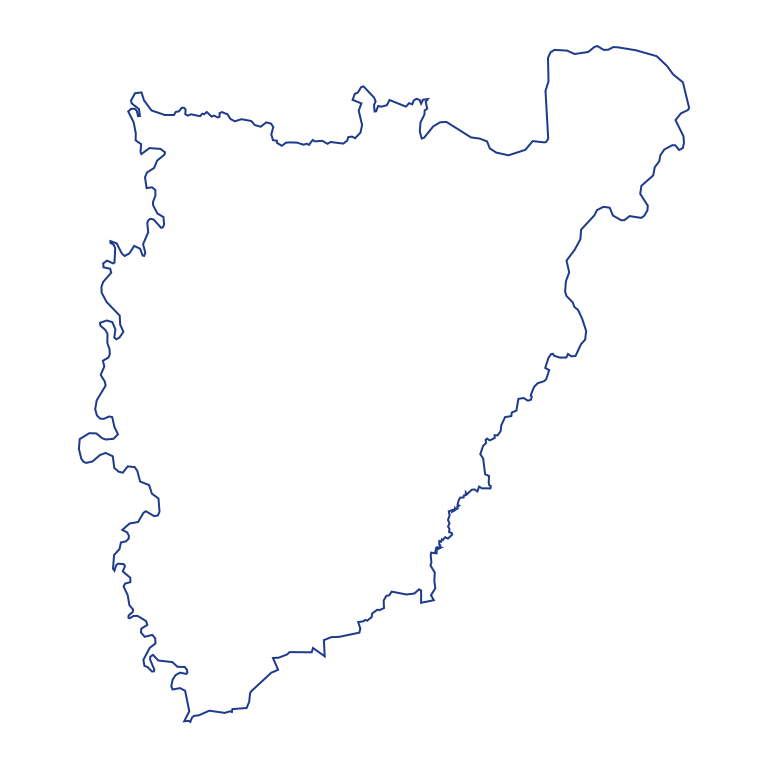 outline of Wiang Sa, Surat Thani, Thailand
{"feature_id": "78962969B32749980960035", "entity_name": "Wiang Sa", "entity_type": "district", "adm_level": 2, "iso_a3": "THA", "parent_name": "Thailand", "parent_adm1": "Surat Thani", "projection": "natural_earth1", "projection_center": [99.354, 8.589], "detail": "fine", "context": "isolated", "style": "outline", "palette": "blue", "viewbox_px": 768, "rotation_deg": 0, "n_neighbors": 0, "source": "geoboundaries", "source_scale": "gbopen_adm2", "svg_char_len": 6084}
<svg xmlns="http://www.w3.org/2000/svg" viewBox="0 0 768 768"><path d="M141.5,92.5L135.0,93.2L131.0,100.6L131.7,103.4L139.0,109.1L139.9,116.0L138.1,116.2L136.7,110.7L134.6,108.8L131.2,108.8L128.2,111.5L133.6,122.1L135.8,133.3L135.6,140.3L141.2,144.2L140.5,151.9L141.4,154.1L149.4,148.1L160.5,148.9L165.0,152.3L164.4,154.7L157.1,160.6L154.1,167.9L147.0,172.5L145.0,177.4L146.6,188.1L152.0,187.3L155.3,190.0L155.4,195.6L153.0,202.0L153.1,205.2L157.4,213.5L163.4,217.0L164.1,224.4L162.9,227.3L161.1,227.8L153.6,219.5L150.2,218.8L148.1,220.6L147.3,223.2L148.2,232.2L143.1,244.2L145.3,252.9L144.1,255.9L142.6,255.5L140.1,248.7L134.2,245.9L129.4,253.4L124.6,256.0L121.6,253.1L116.7,243.4L110.4,241.1L110.4,242.8L113.8,244.9L115.2,248.4L114.5,262.5L113.1,263.4L107.0,260.6L103.2,263.4L103.5,267.3L110.2,268.8L111.2,272.7L103.1,282.0L101.5,286.8L101.6,292.6L106.6,302.0L119.7,315.6L120.2,324.7L123.4,331.8L119.5,337.5L116.3,339.3L114.3,337.6L115.4,329.3L112.3,322.1L106.8,320.5L100.0,322.8L100.5,325.8L105.4,330.0L107.5,333.9L107.3,342.9L109.5,349.1L109.8,354.4L108.4,357.6L102.9,360.7L104.3,366.5L100.7,374.9L104.8,381.6L105.6,385.6L96.7,400.4L95.2,409.2L96.9,415.4L100.1,418.6L103.7,418.9L109.1,416.5L112.2,417.1L114.4,426.9L118.0,434.3L113.5,438.8L105.9,439.5L102.3,438.3L96.3,433.4L89.3,433.2L79.7,439.1L78.9,449.0L81.3,458.7L83.5,461.8L86.2,462.9L92.4,461.5L99.9,455.1L105.6,452.9L112.8,456.3L114.3,468.0L118.7,471.7L122.8,472.7L127.7,466.4L134.7,467.1L137.3,470.9L140.1,481.5L149.1,485.1L151.9,493.7L158.5,498.5L159.5,511.6L157.9,515.4L154.1,516.1L145.8,511.2L143.4,512.9L138.1,522.0L129.6,523.5L122.3,529.9L127.1,532.4L128.8,535.5L128.7,538.6L126.0,541.3L120.9,542.5L119.5,549.1L114.1,555.0L113.0,568.6L114.4,570.7L116.3,565.1L118.0,563.7L123.7,564.1L125.0,566.1L122.8,571.4L130.3,577.8L130.4,582.1L125.1,583.6L123.6,586.5L127.7,595.2L129.4,605.2L133.1,609.6L132.7,612.0L128.7,615.4L128.4,617.6L129.7,618.3L133.5,616.0L137.6,615.9L146.1,621.1L147.3,624.9L141.3,628.6L141.0,632.6L144.7,636.8L152.4,634.9L155.2,638.3L155.5,643.4L149.8,647.8L143.4,659.8L144.4,665.8L147.6,667.1L152.0,671.5L153.9,671.4L154.4,669.8L150.1,659.6L150.3,656.7L153.0,654.9L158.3,660.5L172.3,662.1L177.5,666.8L184.7,667.0L186.9,669.7L187.4,672.4L186.4,673.9L180.0,672.7L175.5,675.2L172.6,679.7L171.3,686.4L172.6,689.5L180.1,688.1L185.1,690.8L189.3,711.3L184.2,721.3L188.7,720.8L190.3,721.9L191.9,717.7L194.1,715.8L198.6,715.4L209.3,710.7L224.8,712.9L230.0,711.3L231.9,712.0L232.4,709.1L246.6,708.0L249.2,701.8L250.1,693.1L251.6,690.9L271.3,672.7L278.1,669.8L273.0,658.0L278.6,657.7L287.0,654.5L289.5,652.1L311.7,652.3L313.0,648.0L324.7,656.3L323.9,640.1L331.4,637.1L339.1,636.9L359.4,632.6L360.3,628.6L358.2,622.0L363.2,621.4L365.2,619.9L367.1,620.7L371.6,617.2L372.2,613.4L377.4,609.7L379.3,610.2L384.0,608.1L383.7,600.5L386.3,595.9L389.2,595.3L391.7,591.6L406.4,594.5L414.4,593.5L419.1,589.3L421.1,590.6L421.1,602.8L433.8,600.2L431.0,595.2L435.3,588.3L434.3,580.6L434.8,572.6L430.5,565.5L431.4,562.4L430.7,555.3L431.2,552.6L436.6,553.4L436.6,551.4L435.4,551.4L436.3,547.6L437.2,547.3L437.8,549.2L441.3,547.4L439.4,546.8L440.2,545.2L439.2,544.4L439.3,541.1L441.0,541.8L441.8,539.4L442.8,540.1L445.2,537.2L447.9,538.6L452.2,534.6L451.7,533.0L449.1,532.1L449.5,529.2L448.1,526.5L449.5,523.4L448.0,520.0L449.6,515.5L448.8,511.3L453.1,509.8L452.4,511.6L454.5,510.5L455.0,508.3L455.6,509.6L457.8,508.4L457.2,506.9L459.1,505.6L457.5,504.8L458.7,500.3L460.2,497.6L463.6,497.5L463.8,495.5L465.8,495.1L465.8,492.7L466.9,494.3L471.7,489.8L474.5,489.4L477.4,491.4L479.1,486.6L481.8,488.3L490.4,488.4L490.8,486.1L489.2,485.1L488.7,482.6L489.0,476.0L485.1,474.2L483.2,458.6L480.3,454.1L483.1,445.9L486.1,443.0L485.6,439.9L487.0,438.6L489.7,440.4L494.7,438.0L494.6,435.2L497.6,435.4L500.6,431.2L501.3,425.2L505.1,417.1L511.3,416.1L511.8,412.5L516.4,410.6L518.4,398.9L523.6,398.0L527.9,400.7L530.8,399.8L531.8,396.7L530.7,395.4L534.0,387.0L537.7,383.2L544.1,381.2L546.2,379.2L549.2,370.1L545.2,367.9L548.5,357.8L551.1,354.1L552.9,353.8L554.2,355.8L560.0,357.6L566.3,357.5L568.0,354.0L571.3,356.3L575.5,356.0L581.1,344.1L585.1,339.7L586.2,331.1L582.1,318.6L578.1,310.0L574.3,306.9L572.9,302.6L566.4,295.9L565.1,291.5L565.9,281.4L569.2,272.3L566.5,260.6L574.6,249.9L580.4,239.2L581.1,229.7L594.3,215.4L597.0,210.1L603.5,206.8L609.7,207.7L612.9,215.5L621.3,220.3L624.5,220.1L629.6,216.1L641.2,217.9L644.2,215.8L647.4,210.5L647.8,205.7L640.2,193.8L641.4,185.8L653.2,175.4L654.8,167.1L659.2,161.4L660.4,155.2L664.3,149.5L672.3,145.2L675.3,145.3L679.1,150.0L682.8,148.1L684.0,142.6L683.4,136.1L675.5,120.1L680.9,113.4L688.0,110.0L689.1,107.8L682.9,82.3L673.1,74.4L667.2,66.2L656.7,56.2L635.6,50.2L617.7,47.3L613.2,47.1L608.3,49.7L603.7,49.9L597.5,46.1L594.6,46.8L588.2,52.0L574.6,54.0L567.1,50.6L554.4,49.9L550.5,52.3L548.0,57.9L548.5,81.3L545.5,90.8L548.2,138.8L546.1,142.0L544.3,142.4L532.7,141.1L525.4,149.8L508.5,155.3L496.3,152.6L489.9,148.5L487.0,141.4L479.8,138.6L471.0,137.4L446.4,121.9L440.1,122.3L433.3,126.3L424.1,137.7L421.7,138.5L419.8,131.5L420.5,122.4L424.4,114.6L424.7,110.4L427.2,108.7L425.7,101.8L427.8,99.1L423.0,99.7L421.1,103.7L419.7,100.0L416.4,98.8L413.8,100.4L412.2,104.3L409.1,103.2L405.9,106.6L389.5,100.0L386.9,105.2L381.3,106.7L378.1,106.0L376.1,111.3L374.6,111.5L374.0,105.2L375.6,101.4L374.1,97.6L363.5,86.4L361.1,87.2L357.9,92.5L354.8,93.8L352.6,99.9L361.4,103.4L358.7,110.6L362.1,125.1L360.4,132.7L355.1,138.2L352.0,136.6L348.2,137.2L347.3,140.5L343.3,143.6L330.5,142.0L327.5,143.8L322.2,140.8L314.9,141.4L312.7,140.0L308.9,144.9L306.8,143.7L303.5,144.7L296.9,142.6L289.5,142.4L286.0,142.7L281.8,145.8L277.0,142.9L276.9,140.7L273.0,140.2L271.3,134.4L273.3,127.0L271.0,123.6L266.2,122.4L260.8,126.7L254.8,125.1L251.2,121.0L241.5,119.2L234.8,121.3L230.5,119.0L227.5,114.3L221.9,112.1L219.6,113.1L219.5,116.8L217.9,117.5L214.0,115.6L211.6,116.6L206.8,112.0L204.2,114.2L202.3,113.7L200.0,116.2L191.1,114.3L187.8,115.6L185.3,114.2L185.6,109.6L183.9,107.7L181.7,107.8L179.0,111.3L175.8,111.9L173.9,115.0L164.8,115.0L151.4,110.4L144.0,100.3L141.5,92.5Z" fill="none" stroke="#1e3a8a" stroke-width="2"/></svg>